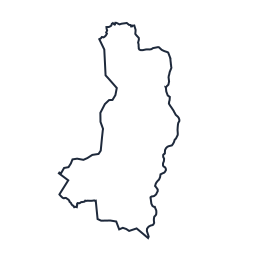 Bla, Ségou, Mali, rotated 112°
{"feature_id": "8926073B53903332689390", "entity_name": "Bla", "entity_type": "district", "adm_level": 2, "iso_a3": "MLI", "parent_name": "Mali", "parent_adm1": "Ségou", "projection": "mercator", "projection_center": [-5.818, 12.918], "detail": "fine", "context": "isolated", "style": "outline", "palette": "slate", "viewbox_px": 256, "rotation_deg": 112, "n_neighbors": 0, "source": "geoboundaries", "source_scale": "gbopen_adm2", "svg_char_len": 3890}
<svg xmlns="http://www.w3.org/2000/svg" viewBox="0 0 256 256"><g transform="rotate(112 128 128)"><path d="M56.4,187.9L64.1,179.4L87.6,168.5L89.1,165.3L95.1,153.4L102.2,152.0L107.8,152.9L109.2,156.0L114.5,158.4L124.3,159.3L132.6,155.8L138.2,150.8L139.6,150.5L146.7,148.5L159.2,144.8L163.1,145.6L166.3,151.0L171.1,154.4L174.2,157.4L175.5,163.7L177.9,167.7L182.3,167.7L186.6,168.5L189.0,172.3L195.0,173.1L195.0,174.9L195.9,175.1L198.9,163.8L214.5,166.6L215.3,166.7L215.5,166.4L216.4,164.5L217.2,162.5L217.2,161.1L216.4,160.2L216.1,159.3L216.8,156.2L217.4,155.2L218.2,154.7L219.0,152.6L219.8,151.9L220.6,150.4L220.5,149.5L221.1,148.8L221.6,148.2L220.7,147.0L220.6,145.8L220.0,145.9L219.2,146.3L218.3,146.2L217.8,146.7L217.5,146.8L217.3,146.8L216.5,146.6L215.9,144.7L214.2,143.6L213.9,142.8L212.5,140.7L211.4,140.5L211.1,139.1L210.6,138.4L209.7,135.9L208.9,134.0L207.8,132.2L207.7,131.4L208.0,131.0L207.6,130.6L223.8,122.1L224.0,118.2L220.4,109.7L219.1,103.9L225.3,98.2L222.5,95.4L222.3,91.8L223.0,88.4L217.9,82.4L219.5,77.4L222.5,68.2L222.0,68.2L221.1,68.1L220.3,68.7L219.9,69.0L216.5,71.9L215.3,72.3L214.3,72.6L212.5,72.2L211.3,71.6L209.9,70.4L209.0,69.1L208.2,68.4L207.3,68.3L207.0,68.3L206.2,68.2L205.3,68.7L204.6,69.1L204.2,69.3L203.0,69.8L202.5,69.9L202.1,70.1L200.3,70.4L199.9,70.2L199.2,69.9L197.8,69.5L197.5,69.6L197.2,69.6L195.6,70.1L194.5,70.6L194.2,70.8L193.9,70.9L193.4,71.4L192.6,72.2L191.6,73.2L191.1,73.6L191.3,74.1L191.4,74.5L191.1,76.1L189.4,78.0L185.7,80.1L184.6,80.7L184.4,81.0L183.6,81.1L182.6,80.4L181.9,79.1L181.2,78.2L179.1,77.1L178.6,77.1L178.4,77.0L177.4,77.0L175.6,76.8L175.3,76.8L175.2,76.8L174.1,77.5L173.8,77.5L173.6,77.9L173.4,78.2L172.6,79.4L171.6,81.2L170.8,81.2L169.5,81.4L168.3,81.3L167.7,81.2L165.7,80.6L164.2,79.9L162.6,79.9L162.1,79.8L161.3,79.9L158.8,80.5L156.7,78.6L156.2,78.0L156.0,77.9L155.7,77.7L155.3,77.5L155.1,77.4L153.2,77.1L152.7,77.1L152.0,77.5L151.8,77.6L151.4,77.9L151.2,78.1L150.6,78.9L150.3,80.7L149.6,81.5L148.9,81.8L147.6,82.3L147.1,82.3L145.3,82.3L143.0,83.0L142.5,83.5L141.7,84.5L139.8,85.3L139.2,85.1L138.8,85.0L138.4,84.5L137.7,84.3L137.0,84.6L136.1,84.9L134.5,85.4L132.4,85.2L130.6,84.4L129.5,83.3L127.7,80.8L126.2,80.4L124.1,80.1L121.3,80.3L119.9,79.6L115.8,79.3L114.2,79.9L114.0,80.0L111.1,81.4L108.7,82.2L106.0,83.0L104.9,83.2L104.5,83.3L102.2,83.0L100.8,83.7L100.6,83.9L99.6,84.8L98.9,85.9L97.9,88.7L96.6,90.2L95.7,91.4L94.9,92.2L93.7,94.0L93.4,94.4L92.4,95.9L91.8,96.9L90.1,99.2L89.2,99.4L89.1,99.5L88.4,99.6L87.9,99.8L86.8,99.8L84.6,100.5L84.2,100.7L83.9,100.8L83.6,100.8L83.1,102.5L83.0,103.3L79.8,106.2L78.1,107.1L76.9,107.7L76.2,108.3L76.2,108.2L75.7,107.9L75.2,107.8L74.7,107.7L72.8,106.8L71.9,106.9L71.0,107.1L69.6,107.3L68.5,107.9L66.3,109.1L65.8,109.4L65.2,109.5L64.6,109.7L63.6,109.8L63.2,109.8L60.5,110.3L56.0,110.3L55.4,110.6L54.7,111.1L53.4,111.7L52.9,112.1L52.7,112.2L52.0,112.5L51.3,112.9L48.9,114.2L48.4,114.4L47.8,114.6L47.6,114.9L47.4,115.1L47.2,115.1L43.0,119.0L42.9,120.2L43.0,121.7L43.1,123.1L43.0,125.0L42.9,126.1L42.1,128.2L41.6,129.4L41.6,129.6L41.7,129.8L41.7,130.3L41.8,130.5L44.4,134.5L44.5,134.7L45.8,135.6L46.1,135.8L47.1,137.4L47.3,138.1L48.4,140.7L49.0,141.6L50.3,143.5L50.9,145.0L51.1,145.7L51.0,146.9L50.3,147.8L49.7,148.0L49.3,148.2L48.9,148.5L46.7,149.4L46.4,149.6L45.2,150.4L45.2,150.5L44.9,150.7L44.5,150.7L42.1,151.0L40.5,151.7L40.4,151.8L38.8,155.2L38.0,156.5L37.0,156.8L36.0,157.1L34.2,157.7L30.7,160.5L30.8,160.6L30.9,161.0L31.1,161.6L31.5,162.5L31.9,162.4L32.2,162.3L32.7,163.1L32.2,163.6L31.6,164.3L32.0,165.7L31.1,168.5L31.7,169.5L33.7,173.0L35.1,174.7L34.9,177.5L34.9,178.4L35.2,179.2L36.1,179.2L36.7,178.9L37.1,179.0L37.0,179.9L36.7,180.6L36.4,181.3L36.8,181.5L37.4,182.0L39.1,181.9L40.0,182.2L41.5,183.6L42.5,185.8L44.2,184.9L45.3,183.9L47.7,184.0L48.4,182.9L50.5,183.2L52.1,183.9L53.1,184.6L53.4,186.3L55.1,186.8L56.4,187.9Z" fill="none" stroke="#1e293b" stroke-width="2"/></g></svg>